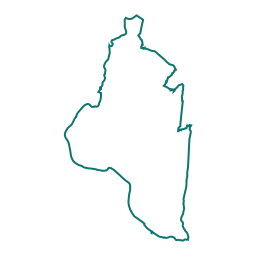 the district of Juanacatlán, Jalisco, Mexico
{"feature_id": "50627088B972054417519", "entity_name": "Juanacatlán", "entity_type": "district", "adm_level": 2, "iso_a3": "MEX", "parent_name": "Mexico", "parent_adm1": "Jalisco", "projection": "equal_earth", "projection_center": [-103.138, 20.486], "detail": "fine", "context": "isolated", "style": "outline", "palette": "teal", "viewbox_px": 256, "rotation_deg": 0, "n_neighbors": 0, "source": "geoboundaries", "source_scale": "gbopen_adm2", "svg_char_len": 5705}
<svg xmlns="http://www.w3.org/2000/svg" viewBox="0 0 256 256"><path d="M188.0,239.7L188.4,237.0L187.3,233.2L187.0,232.9L186.4,231.9L185.8,231.5L185.1,230.6L184.7,229.4L184.0,228.9L183.1,227.1L182.7,225.9L183.0,223.6L182.8,222.4L182.2,221.8L181.2,220.6L181.1,219.1L181.3,217.6L182.2,215.6L182.8,214.5L183.3,213.1L183.3,211.8L183.8,210.2L184.1,208.7L184.1,207.7L183.4,203.8L183.7,202.1L183.8,200.7L183.5,199.2L183.7,198.0L186.3,186.8L186.6,179.4L187.3,176.4L187.2,172.4L188.0,167.4L189.4,139.3L190.4,134.4L190.9,131.7L190.6,130.9L189.6,129.4L190.0,127.3L190.0,126.7L190.4,126.6L191.2,125.4L189.9,125.0L189.7,125.0L189.1,125.7L188.9,126.0L188.6,126.2L188.3,126.3L188.0,126.2L187.9,125.6L187.6,125.3L187.3,125.3L187.1,125.5L186.8,126.2L186.8,126.8L186.4,128.3L186.1,128.3L185.8,128.2L185.5,128.2L184.4,128.8L184.1,128.9L183.8,129.2L182.1,129.2L181.6,129.7L181.1,130.3L180.7,130.1L180.5,129.6L179.5,129.7L179.3,130.0L178.8,130.6L178.6,131.2L178.1,131.2L178.3,130.5L178.1,130.0L178.3,129.2L178.6,127.7L179.4,127.0L180.2,126.3L180.5,125.8L180.3,124.6L180.6,121.7L181.3,115.0L182.3,105.8L182.8,101.3L182.3,101.3L182.1,100.1L182.2,99.0L181.9,97.6L181.9,96.1L182.3,95.3L182.6,93.6L182.7,92.8L182.6,90.9L183.1,90.2L183.2,89.4L183.1,87.4L183.4,85.5L183.0,85.2L182.5,84.2L181.8,84.1L181.6,84.2L181.5,84.4L179.4,85.0L178.2,86.0L177.7,86.6L176.9,87.6L176.1,88.2L175.5,89.0L175.1,89.1L174.7,89.2L174.7,90.5L174.2,91.1L173.6,91.6L173.8,89.7L172.7,89.5L171.9,89.3L171.7,90.1L171.0,90.4L170.4,90.4L170.1,89.0L169.2,88.8L167.9,87.8L167.2,87.3L165.9,86.6L165.0,86.4L163.8,85.8L164.2,85.3L165.2,84.5L165.4,83.8L166.2,82.7L165.8,82.6L166.3,80.8L166.8,80.8L167.0,80.9L167.4,80.0L167.4,79.1L167.9,78.4L167.9,77.4L169.2,77.1L169.5,76.6L170.3,76.3L170.7,75.7L171.9,74.7L172.3,73.1L173.0,73.1L173.5,72.7L173.8,72.3L173.8,71.7L174.0,71.1L174.3,70.7L174.7,70.7L174.8,70.1L176.0,69.7L174.8,67.8L174.5,66.9L173.9,66.0L173.3,65.4L172.8,65.1L172.2,65.1L171.5,64.8L169.8,64.4L169.2,64.1L167.7,62.7L166.8,62.0L166.0,61.2L165.2,60.5L164.6,59.6L162.0,57.5L155.2,51.6L154.4,51.2L152.7,51.0L150.9,50.6L147.9,49.3L146.5,48.7L144.8,48.7L144.7,47.6L144.3,47.8L144.3,48.6L143.9,48.7L143.9,47.8L141.6,48.3L141.2,48.0L141.4,47.5L141.2,47.4L141.2,47.2L141.5,46.1L141.8,45.8L141.9,45.5L141.9,44.7L142.3,44.6L142.7,44.6L142.4,43.5L142.3,41.7L142.1,41.3L141.8,40.8L141.8,40.7L141.9,40.3L141.0,39.5L140.5,38.9L139.5,36.8L138.9,36.5L138.3,35.6L140.3,33.2L141.3,27.8L143.1,19.8L136.5,15.4L134.7,16.8L132.1,18.5L130.9,18.9L129.4,19.0L128.6,19.0L127.0,18.4L126.1,18.0L125.8,17.9L125.7,18.2L124.9,19.3L124.7,19.8L124.7,21.2L124.8,22.0L124.7,26.7L125.1,28.4L126.1,30.8L126.2,33.1L125.7,33.8L124.7,34.6L123.4,35.0L121.5,35.5L120.3,36.3L119.4,37.4L118.8,37.5L118.4,37.8L117.9,37.8L115.6,38.8L114.4,39.5L113.3,39.9L112.2,40.1L111.6,41.0L111.5,41.5L111.5,42.2L112.4,43.2L112.8,44.1L112.6,44.6L112.2,45.5L111.5,46.1L110.4,46.1L109.8,45.9L109.5,45.5L109.5,46.0L109.2,46.4L109.2,47.3L109.4,47.9L109.5,48.3L109.5,49.6L109.7,50.9L109.7,53.1L109.1,55.7L108.8,56.6L108.8,56.9L108.5,58.1L108.0,59.7L106.7,60.8L106.2,61.3L104.6,64.1L104.3,64.9L104.0,66.6L104.0,66.9L105.2,69.2L105.5,70.2L105.0,73.1L105.0,73.6L105.0,73.9L104.7,74.4L104.4,74.6L104.1,75.0L104.8,77.0L104.9,77.8L104.9,78.7L104.8,79.2L104.6,79.9L104.3,80.3L104.2,80.6L104.0,80.8L103.8,80.9L103.0,81.8L102.9,82.1L102.7,82.4L102.6,82.6L102.6,82.9L102.5,83.2L102.5,84.5L102.3,85.4L101.2,86.9L101.1,88.0L100.5,87.4L100.4,87.3L100.2,87.3L100.0,87.9L100.0,88.2L100.1,88.8L100.4,89.2L100.4,89.5L99.5,90.3L98.8,91.5L98.5,91.8L98.4,92.1L101.0,93.0L101.0,95.9L100.7,98.7L100.4,100.1L100.1,101.1L99.8,101.6L99.7,102.0L99.2,103.0L98.9,104.5L98.8,104.8L98.4,105.5L98.1,105.9L97.5,106.4L96.8,106.7L96.3,106.7L95.2,106.4L94.8,106.4L94.7,106.6L93.9,106.7L93.5,106.7L93.0,107.0L92.7,107.0L92.1,106.9L91.0,106.3L89.6,104.6L88.2,104.0L87.0,104.1L85.0,105.0L84.3,105.5L82.6,107.2L78.4,112.1L77.5,113.3L77.0,114.1L76.5,115.7L76.4,115.9L76.2,116.5L75.9,116.6L76.0,117.1L75.5,117.7L74.9,118.3L74.4,118.9L73.7,120.8L73.0,122.0L72.0,124.1L71.9,124.2L70.6,125.7L70.2,125.9L69.7,126.3L67.6,128.2L66.2,130.6L65.5,131.8L65.0,133.5L64.8,135.2L65.4,137.2L65.9,138.2L66.0,138.4L67.7,140.8L68.3,142.1L68.9,143.9L69.4,146.4L70.2,150.7L70.5,152.4L70.6,153.4L71.1,156.4L72.0,158.7L73.0,160.6L73.8,161.5L75.5,163.1L77.8,164.5L78.9,165.1L80.5,165.5L82.4,166.3L82.6,166.5L83.9,167.4L87.4,168.2L89.5,168.4L91.6,168.6L94.2,169.1L95.7,169.2L96.6,169.6L99.0,170.1L100.2,170.3L101.5,170.6L102.0,170.7L102.3,170.8L103.6,170.7L105.0,170.7L106.0,170.5L106.8,170.1L107.5,169.5L108.0,168.6L109.0,167.8L111.0,168.1L114.0,170.0L119.7,175.1L122.9,178.2L125.2,180.2L128.2,182.3L129.0,183.0L129.6,183.8L130.0,184.6L129.9,184.8L130.1,185.6L130.2,187.2L130.1,187.9L130.0,188.3L130.2,188.7L130.1,189.2L130.1,189.9L129.7,192.0L129.6,192.6L129.5,192.9L129.2,194.0L129.2,194.6L129.0,195.5L128.9,196.9L128.6,199.7L128.5,201.2L128.5,202.9L129.0,205.9L129.2,206.7L130.0,209.1L130.5,210.2L131.4,211.7L131.7,212.4L132.1,213.1L132.5,213.7L132.8,214.0L133.4,214.8L133.5,215.2L134.0,215.9L134.8,216.7L135.1,216.9L135.5,217.1L136.0,217.5L136.3,217.7L138.3,219.0L139.3,219.9L139.5,219.9L139.7,220.2L140.6,220.8L141.2,221.1L142.8,222.3L143.5,223.0L144.5,223.7L144.2,224.7L146.1,227.0L147.4,228.4L150.8,231.0L151.7,232.1L151.4,232.8L151.6,233.0L151.8,232.1L152.1,231.6L153.5,232.8L155.8,234.4L158.7,236.3L159.8,236.8L162.0,237.1L163.7,237.7L164.1,237.4L164.5,237.4L165.1,237.6L165.4,237.9L166.2,237.9L167.5,237.7L169.1,237.2L170.0,236.7L171.8,236.7L172.5,236.9L174.3,237.6L175.7,239.7L176.6,240.1L178.2,239.9L178.8,239.9L179.4,240.2L180.8,240.1L182.2,240.6L182.5,240.6L183.2,240.5L185.1,239.4L186.6,239.7L187.3,239.6L188.0,239.7Z" fill="none" stroke="#0f766e" stroke-width="2"/></svg>